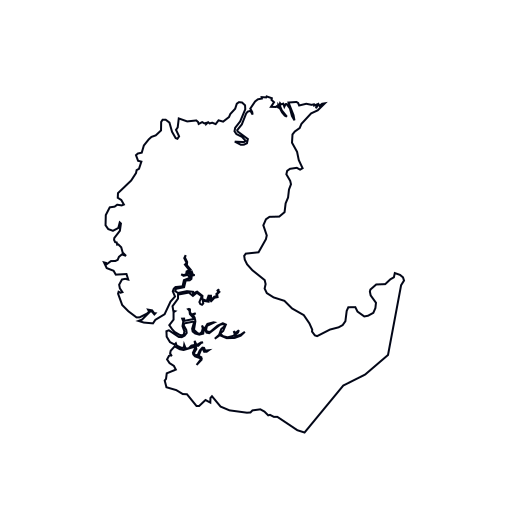 the district of Alianza, Valle, Honduras, rotated 136°
{"feature_id": "27666195B71822643652972", "entity_name": "Alianza", "entity_type": "district", "adm_level": 2, "iso_a3": "HND", "parent_name": "Honduras", "parent_adm1": "Valle", "projection": "albers", "projection_center": [-87.707, 13.447], "detail": "fine", "context": "isolated", "style": "outline", "palette": "ink", "viewbox_px": 512, "rotation_deg": 136, "n_neighbors": 0, "source": "geoboundaries", "source_scale": "gbopen_adm2", "svg_char_len": 6163}
<svg xmlns="http://www.w3.org/2000/svg" viewBox="0 0 512 512"><g transform="rotate(136 256 256)"><path d="M401.1,187.6L392.4,187.5L390.7,182.3L387.4,185.5L385.1,185.7L386.1,172.3L382.3,163.4L371.4,149.6L368.7,147.3L365.8,147.4L359.4,142.7L358.0,138.2L357.9,132.9L356.3,132.0L354.9,127.9L352.4,125.5L347.3,102.0L343.7,95.3L283.2,102.2L259.8,94.9L229.8,93.1L171.9,134.2L166.6,135.5L165.1,138.5L165.5,142.3L168.0,147.3L171.6,144.9L175.5,145.9L182.6,146.0L189.3,152.0L197.0,152.4L198.8,151.3L200.9,148.0L202.2,139.0L206.3,135.6L211.1,133.6L216.9,135.2L220.1,137.3L221.6,145.5L220.1,150.2L225.2,155.0L228.9,153.5L237.0,147.0L241.7,146.1L246.1,147.3L253.9,151.7L267.7,155.9L268.8,158.0L268.2,162.7L266.7,164.0L264.4,170.4L262.7,180.3L266.5,193.2L266.7,204.0L272.1,214.0L274.0,221.8L272.4,226.6L268.6,229.1L266.5,232.6L268.5,248.3L268.2,256.2L266.6,261.2L264.4,264.3L261.7,264.8L251.6,256.9L237.2,261.2L234.0,263.3L229.4,273.0L223.3,275.5L219.1,274.8L211.9,268.2L205.0,267.7L198.1,273.3L192.3,275.8L186.1,280.9L181.0,283.3L179.2,286.3L177.4,293.7L174.4,295.6L171.0,295.1L165.4,291.1L164.3,287.5L161.5,286.8L158.6,295.3L154.1,302.4L151.4,312.5L145.3,318.1L141.6,318.6L135.7,317.7L131.5,319.5L117.3,320.3L110.4,317.9L100.4,318.0L102.7,319.6L106.0,319.9L105.6,321.8L110.2,320.6L107.1,322.8L109.7,323.9L109.0,324.9L111.0,326.1L114.1,330.6L120.4,334.3L119.4,336.8L119.9,338.7L126.0,343.8L131.2,331.2L134.1,326.9L132.9,331.7L129.1,338.6L128.4,344.0L129.2,344.7L131.9,343.7L130.6,346.7L132.8,347.7L132.6,349.2L134.1,348.4L136.3,342.8L137.0,334.8L137.8,337.0L137.5,341.2L135.2,349.2L136.9,347.8L137.2,349.4L138.2,349.4L141.6,352.9L136.2,354.1L136.4,357.5L135.0,358.5L137.5,363.4L138.5,363.0L141.6,366.4L142.4,365.2L145.8,367.4L149.3,367.8L157.7,366.0L158.7,362.2L160.2,360.1L159.2,364.3L161.7,365.6L164.0,365.4L174.8,360.5L182.1,359.6L182.7,358.3L180.6,345.8L184.2,343.4L187.4,344.5L189.6,346.5L191.8,353.0L185.5,346.3L183.5,346.0L183.3,351.4L185.4,357.3L184.8,360.7L181.9,362.7L173.9,363.8L161.8,369.0L159.2,372.0L159.4,376.1L161.4,378.5L164.0,378.9L168.7,376.4L175.8,376.0L178.9,374.7L186.3,375.5L188.7,379.6L193.4,378.9L194.9,382.3L197.3,383.6L197.5,385.5L200.3,385.5L199.6,386.5L201.0,387.2L201.7,389.7L205.5,390.8L204.6,392.6L204.8,395.0L212.0,400.6L216.0,408.6L223.0,402.9L225.9,402.3L228.2,395.5L231.1,394.9L231.9,396.6L230.1,403.7L225.6,412.1L226.3,416.8L228.5,418.9L231.1,418.3L237.1,412.3L244.3,412.4L248.5,414.3L252.2,414.4L259.9,413.4L266.4,409.7L269.8,411.8L272.3,411.9L274.7,406.4L272.9,403.5L279.6,400.0L282.2,400.7L284.7,399.0L293.4,397.0L311.6,397.1L315.0,393.9L314.0,389.9L315.3,384.8L317.5,385.7L320.2,389.3L323.4,389.7L327.4,392.6L335.6,389.8L342.9,382.6L343.6,378.0L341.4,373.5L335.6,371.8L330.7,374.8L330.6,373.2L336.4,368.7L345.4,367.4L346.9,366.2L347.7,363.8L346.8,362.5L348.0,360.6L347.0,360.0L346.9,355.9L349.5,351.1L349.4,346.4L351.4,350.3L355.2,350.6L358.2,349.3L360.6,350.1L363.9,353.1L369.8,353.9L368.7,355.2L369.8,357.0L371.8,351.0L368.7,344.3L369.8,340.0L361.7,333.0L364.3,327.8L365.9,330.4L368.7,332.2L374.4,330.4L376.4,327.3L377.2,322.8L379.0,323.7L379.7,325.7L381.4,324.7L386.3,313.7L386.2,304.9L384.6,294.8L382.3,292.7L374.4,290.3L371.5,290.2L370.9,292.4L368.5,289.1L369.0,285.6L368.2,284.7L369.7,284.6L369.4,288.3L370.4,289.6L382.2,289.4L385.6,290.9L382.9,286.0L376.9,279.1L372.7,280.0L362.2,277.6L349.1,282.6L342.4,283.1L340.4,288.4L337.9,289.6L335.5,289.6L329.9,285.2L324.6,288.7L318.6,286.2L318.2,289.8L321.9,292.1L322.6,294.7L321.1,292.4L319.0,291.4L316.6,293.1L313.8,292.1L313.1,299.2L310.8,299.1L309.1,304.3L306.0,305.5L308.2,304.2L309.7,299.5L312.1,297.4L312.5,291.6L316.9,291.8L316.9,290.5L313.0,289.4L314.4,286.3L313.3,284.9L315.0,285.9L314.5,289.5L316.1,289.0L316.9,285.6L318.4,284.4L320.6,284.6L323.6,287.2L329.4,283.5L336.4,288.0L338.5,286.9L337.8,283.6L330.1,278.7L326.2,274.0L327.3,272.8L323.1,271.3L322.2,264.5L324.6,262.4L322.6,257.9L317.7,260.4L316.0,258.7L318.8,255.3L314.3,255.7L312.1,254.3L310.9,256.2L308.2,256.1L307.7,257.9L305.8,257.8L307.4,257.2L307.3,255.6L310.5,255.6L312.2,253.1L314.9,254.8L319.6,254.6L319.8,255.8L317.6,257.6L317.3,259.2L319.1,259.0L321.9,256.1L325.3,260.8L326.9,258.5L328.7,258.4L329.4,260.2L328.7,262.2L323.0,264.7L324.1,270.7L329.1,271.1L329.7,276.3L338.9,282.4L341.7,279.5L350.9,277.9L353.6,274.0L352.6,272.5L354.4,272.8L359.5,267.5L366.4,266.5L367.2,261.7L367.3,258.0L365.7,252.2L364.2,250.2L362.5,249.7L359.9,251.5L357.6,256.6L353.8,259.4L352.6,262.2L351.2,260.9L352.7,259.2L344.0,253.6L343.9,260.1L341.8,263.0L341.8,264.9L341.0,264.5L340.6,263.5L342.6,261.4L343.0,258.7L339.2,256.7L342.4,257.3L342.9,254.4L345.0,251.1L351.9,246.0L351.6,240.8L350.4,239.0L347.7,239.0L344.6,240.9L343.1,243.5L343.7,241.1L343.0,239.6L338.1,240.9L332.6,237.8L332.2,237.2L339.8,239.8L343.2,237.6L343.7,235.5L341.6,233.2L332.1,232.6L326.6,230.7L325.3,227.6L331.6,224.9L335.7,225.1L335.4,221.2L332.9,217.2L327.4,214.1L325.5,214.5L324.3,217.4L324.1,214.8L319.9,214.5L322.1,213.5L326.5,213.8L326.9,212.5L321.6,210.0L316.7,209.2L322.4,209.3L328.3,211.9L334.2,217.3L337.1,224.2L343.1,225.1L337.3,224.9L331.7,227.6L327.1,227.3L326.3,228.5L327.5,230.4L329.7,231.5L343.3,233.0L344.8,235.2L343.8,238.5L344.4,239.5L347.9,236.8L351.4,238.8L353.6,242.5L354.0,245.7L352.5,248.0L346.5,251.4L346.8,252.4L354.5,257.4L356.2,256.3L357.5,251.3L359.3,248.8L362.7,248.3L365.8,249.2L367.8,251.4L370.3,263.1L372.7,264.1L376.3,260.0L377.7,253.8L376.1,248.9L374.3,248.9L375.3,246.7L373.5,242.0L371.7,240.1L369.3,242.0L370.8,238.4L368.8,236.4L364.7,236.4L361.5,234.4L359.1,237.6L360.6,233.2L355.6,232.0L354.1,230.7L356.0,231.6L359.9,231.5L361.8,233.5L363.5,230.5L367.9,229.3L369.0,227.1L366.6,225.3L362.1,227.1L358.2,227.3L357.2,226.0L358.2,223.2L355.4,221.0L358.0,221.4L359.8,223.1L358.8,226.2L360.6,226.7L366.6,224.1L365.7,221.1L367.2,219.2L374.4,218.9L366.6,220.1L369.6,226.2L369.5,228.7L368.6,230.2L363.9,232.0L363.5,233.5L373.4,238.7L375.6,241.9L377.3,247.5L383.2,247.1L385.4,245.6L386.1,242.5L386.3,244.0L388.0,244.6L391.8,243.4L392.6,239.0L391.4,234.0L392.6,230.0L401.7,233.6L406.1,230.1L408.2,229.8L411.6,223.8L406.5,214.9L404.6,207.6L401.7,204.5L403.0,189.4L401.1,187.6Z" fill="none" stroke="#020617" stroke-width="2"/></g></svg>